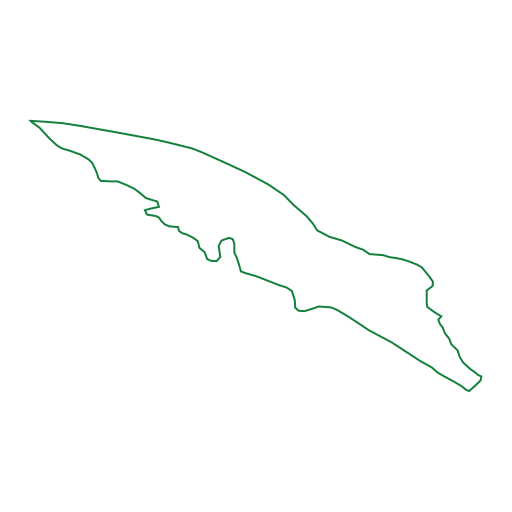 the district of Dorotea, Västerbotten, Sweden
{"feature_id": "70781695B84383625110676", "entity_name": "Dorotea", "entity_type": "district", "adm_level": 2, "iso_a3": "SWE", "parent_name": "Sweden", "parent_adm1": "Västerbotten", "projection": "robinson", "projection_center": [15.922, 64.466], "detail": "fine", "context": "isolated", "style": "outline", "palette": "green", "viewbox_px": 512, "rotation_deg": 0, "n_neighbors": 0, "source": "geoboundaries", "source_scale": "gbopen_adm2", "svg_char_len": 1753}
<svg xmlns="http://www.w3.org/2000/svg" viewBox="0 0 512 512"><path d="M469.1,391.1L475.7,385.2L480.6,380.4L481.3,376.5L477.9,374.8L474.9,372.2L470.4,369.2L463.3,362.7L459.9,357.3L457.6,350.5L451.2,344.1L449.3,338.9L444.8,333.1L442.9,327.9L439.9,323.8L438.3,319.7L441.3,316.3L437.2,313.9L433.2,311.3L427.3,306.9L426.7,302.9L426.7,295.5L426.7,290.5L432.5,286.1L432.7,284.3L433.0,281.8L429.5,276.8L421.9,267.4L417.2,264.7L409.6,261.7L402.7,259.4L396.3,258.1L389.3,257.1L382.9,255.1L369.5,254.1L363.1,249.7L355.6,247.1L341.6,240.4L329.4,236.8L317.2,230.4L313.0,223.7L306.6,216.2L293.6,205.0L284.0,195.1L268.4,184.5L244.7,171.8L223.2,161.9L201.7,152.2L192.1,148.4L169.6,142.8L155.5,139.6L140.0,136.7L113.4,131.8L99.3,129.3L80.8,126.0L62.7,123.2L43.1,121.6L30.7,120.9L32.1,122.3L39.4,127.6L44.6,133.2L49.1,138.1L56.8,145.3L62.1,148.5L70.3,150.9L80.5,154.6L88.7,159.5L91.9,162.5L94.7,167.9L96.8,172.8L98.4,178.1L100.8,180.9L111.0,181.4L117.6,181.4L125.8,184.7L134.0,188.6L140.1,193.1L145.8,198.0L152.4,200.1L157.3,201.5L158.9,206.9L151.1,208.5L144.9,210.2L147.0,214.6L155.6,216.0L158.8,217.4L161.7,221.4L165.0,224.5L169.5,226.4L178.1,227.1L178.9,230.8L182.2,233.2L187.1,234.6L193.7,238.1L197.8,241.2L199.4,247.8L204.7,252.3L207.2,259.1L211.7,261.0L216.6,261.0L220.3,257.0L218.7,245.9L221.6,240.5L229.0,237.9L232.7,239.1L234.3,243.3L234.3,252.5L236.8,257.7L239.2,265.2L240.9,271.4L246.6,273.5L255.3,275.9L261.4,278.2L270.5,281.8L279.1,285.1L286.5,287.5L291.9,291.0L294.8,300.3L295.2,307.6L298.5,310.7L304.3,311.2L312.9,308.6L318.7,306.5L331.0,307.4L337.2,310.0L349.6,317.4L369.0,330.3L391.7,342.4L419.9,360.8L431.9,367.5L437.7,372.6L438.0,372.7L443.9,376.2L453.5,381.4L461.7,386.2L465.5,389.4L469.1,391.1Z" fill="none" stroke="#15803d" stroke-width="2"/></svg>